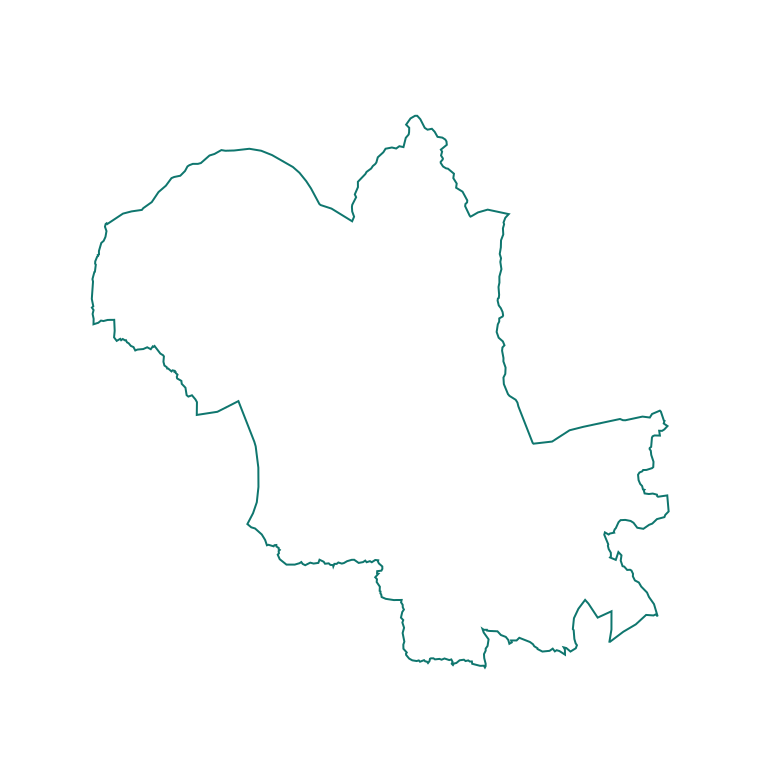 Burera, Northern, Rwanda (Albers equal-area conic projection), rotated 8°
{"feature_id": "39286606B41980105768775", "entity_name": "Burera", "entity_type": "district", "adm_level": 2, "iso_a3": "RWA", "parent_name": "Rwanda", "parent_adm1": "Northern", "projection": "albers", "projection_center": [29.857, -1.461], "detail": "fine", "context": "isolated", "style": "outline", "palette": "teal", "viewbox_px": 768, "rotation_deg": 8, "n_neighbors": 0, "source": "geoboundaries", "source_scale": "gbopen_adm2", "svg_char_len": 6134}
<svg xmlns="http://www.w3.org/2000/svg" viewBox="0 0 768 768"><g transform="rotate(8 384 384)"><path d="M592.0,623.6L594.8,624.0L600.9,626.8L600.1,621.8L598.6,619.8L601.3,620.1L605.9,623.0L610.7,619.0L611.4,615.8L609.9,614.2L608.0,610.0L606.1,601.4L605.1,600.4L604.7,589.5L607.8,579.5L613.2,569.8L617.0,573.0L628.1,585.6L640.9,577.4L643.4,595.5L643.1,607.8L643.7,607.8L655.5,596.0L666.8,587.0L675.7,576.2L683.1,575.7L685.2,574.3L687.3,576.0L682.0,564.4L676.0,558.0L673.5,553.9L666.9,548.8L664.0,545.1L659.8,543.6L657.2,539.8L657.0,537.3L655.0,534.3L653.5,533.7L650.7,534.3L647.3,531.4L645.6,531.2L643.0,526.0L643.0,520.6L639.5,517.8L638.0,525.9L632.0,524.3L632.7,523.1L632.1,519.5L629.5,516.2L628.2,513.0L628.4,511.6L623.1,502.6L623.4,500.2L627.4,501.8L628.6,500.6L632.6,499.2L632.1,498.5L632.7,495.8L633.6,494.6L635.5,488.2L637.2,485.9L641.9,485.0L647.3,485.3L650.4,486.7L654.8,491.1L661.0,491.3L666.2,486.5L669.1,484.9L673.1,479.8L680.2,476.8L680.8,474.4L683.6,470.6L680.0,454.9L671.1,457.5L670.2,457.1L669.7,455.6L665.4,455.1L661.6,456.1L657.3,456.1L656.1,453.3L656.6,452.5L655.1,452.3L653.8,449.1L651.6,447.3L649.5,443.8L648.2,438.5L649.3,436.1L651.9,434.5L652.6,433.1L655.8,432.6L661.2,430.0L662.2,428.8L661.7,423.5L658.5,417.0L657.5,413.0L656.0,411.3L656.1,410.3L657.3,409.1L656.8,399.8L657.3,398.4L659.0,397.3L664.4,396.7L663.0,392.0L665.9,391.7L667.9,390.0L670.6,386.2L666.5,384.2L666.9,381.5L666.3,381.4L662.0,372.8L660.9,372.0L653.6,376.4L651.9,380.2L644.5,380.3L628.1,386.3L625.7,386.6L622.6,385.8L587.5,398.6L574.2,404.0L558.5,417.6L540.3,422.3L539.4,421.6L520.2,387.5L518.7,383.8L516.6,381.3L509.9,378.3L508.2,376.8L502.7,367.4L501.4,361.0L502.7,357.1L502.1,350.8L499.1,345.0L498.7,341.7L496.3,334.6L496.2,331.3L497.9,328.9L495.8,325.3L491.1,322.2L488.3,316.8L488.4,309.1L489.4,306.1L489.0,303.0L492.1,300.6L492.4,299.4L491.4,296.2L489.1,292.6L486.7,290.2L484.9,285.6L484.9,283.5L485.7,282.8L485.6,279.7L483.9,272.0L484.2,267.6L483.3,261.6L484.3,253.9L482.2,246.9L482.4,243.2L480.5,239.1L480.7,232.5L479.9,225.4L481.3,219.3L480.1,213.3L480.7,209.1L479.9,207.4L481.0,202.5L483.9,198.4L462.4,196.9L453.2,201.0L447.2,205.7L446.3,206.2L445.4,205.4L439.6,196.6L439.6,194.4L441.0,192.6L440.9,190.6L435.0,182.6L428.1,179.6L428.1,175.4L424.0,170.5L424.0,166.0L417.4,161.9L415.4,161.8L412.2,160.4L409.4,157.2L409.2,156.2L410.9,153.5L410.9,152.4L408.7,149.8L409.2,145.8L407.7,144.0L412.9,138.4L412.1,135.1L410.7,133.4L407.5,131.9L402.6,131.8L399.1,127.2L395.9,124.6L391.7,126.1L388.7,124.7L383.1,116.7L379.6,113.8L377.4,114.1L373.3,117.3L369.8,124.1L373.3,126.8L373.8,131.1L373.7,133.5L371.3,137.2L370.3,146.7L366.1,146.4L363.3,149.1L358.9,148.7L352.8,150.8L351.1,154.6L346.3,160.4L345.6,165.7L344.7,167.4L342.6,169.7L341.3,172.4L337.2,176.4L336.3,178.7L330.0,187.4L330.8,192.7L328.7,200.3L330.4,202.9L327.6,211.0L327.6,213.2L328.5,217.6L331.1,222.5L329.8,227.3L307.6,217.6L296.3,215.6L294.9,214.7L284.5,200.5L278.8,194.0L270.9,186.6L263.6,181.8L241.3,172.9L229.9,170.1L217.9,169.8L203.2,173.6L194.4,175.1L190.4,175.0L184.1,179.8L179.4,182.0L171.9,190.7L169.1,191.9L164.1,192.6L160.8,194.4L159.1,195.9L157.3,200.8L153.3,206.1L147.4,208.2L144.9,209.7L140.4,218.0L134.0,225.3L128.7,236.2L121.1,243.4L120.0,245.3L110.0,248.2L101.8,251.6L87.7,264.1L87.0,263.4L86.1,264.3L85.8,267.1L87.9,271.2L87.7,277.0L86.5,281.2L84.4,283.7L83.2,292.0L83.7,295.4L82.6,296.1L83.0,297.1L82.2,297.9L81.0,302.7L81.2,305.1L82.0,305.9L82.1,313.1L81.6,313.4L80.7,320.7L81.6,323.1L82.8,340.4L85.3,347.5L84.1,349.0L86.1,351.2L85.7,355.2L87.4,359.9L88.0,365.3L92.6,363.1L94.9,360.6L97.4,360.7L101.5,359.0L107.9,358.0L109.9,368.8L110.2,375.4L113.3,378.5L116.5,376.0L117.6,377.2L119.0,375.8L121.6,376.9L122.3,376.5L123.7,378.5L125.5,379.2L128.0,381.5L130.8,382.3L133.0,385.4L135.1,384.2L140.7,382.9L144.4,380.6L148.2,382.0L149.8,378.9L150.7,379.3L151.5,378.3L158.3,385.0L161.3,386.3L162.2,387.3L162.5,392.7L164.0,396.3L166.4,397.5L167.2,398.9L168.1,398.7L171.8,401.1L172.7,399.9L174.9,400.1L174.9,401.2L176.0,401.2L176.3,402.2L178.2,403.4L177.8,405.8L178.4,407.3L182.9,409.1L183.7,412.0L187.9,415.3L190.1,422.5L192.0,423.7L195.4,421.9L199.4,425.5L201.3,428.0L202.9,440.7L222.9,434.7L242.2,421.2L263.6,459.2L265.6,463.6L271.2,484.3L274.0,503.4L274.5,518.8L272.3,530.2L268.2,541.7L272.5,544.4L276.4,545.0L283.9,550.0L288.0,555.0L290.5,560.0L292.0,559.3L297.3,560.1L297.9,558.9L299.8,558.4L300.1,559.9L302.5,561.0L302.6,562.0L303.9,562.8L302.9,564.1L303.5,566.3L302.5,567.8L305.1,572.0L312.5,576.4L320.7,575.3L325.3,573.2L326.9,571.8L328.5,573.5L331.2,574.4L335.8,571.2L339.3,571.6L343.9,570.3L344.6,567.0L349.0,568.4L350.6,570.2L354.2,569.3L356.1,570.6L358.7,570.4L359.2,571.7L359.9,569.0L362.2,568.7L363.6,567.1L367.2,567.7L369.2,566.9L372.1,564.6L376.5,562.6L378.9,562.2L383.8,564.7L388.0,563.3L390.0,561.5L391.6,562.9L394.7,561.4L396.7,562.2L399.8,559.5L402.8,559.4L402.7,560.6L403.9,562.4L407.7,564.9L408.1,567.3L407.4,569.2L403.3,570.3L403.5,572.5L404.9,572.6L402.2,576.6L404.2,578.3L404.3,581.1L408.1,585.3L408.5,589.5L409.4,589.9L409.6,591.9L410.5,592.7L411.3,595.3L415.6,596.5L423.7,596.6L431.5,595.4L431.3,597.9L433.2,600.0L433.7,602.6L435.1,604.6L433.8,607.3L433.3,613.0L435.9,615.1L435.4,617.7L437.8,622.6L437.1,628.0L440.0,636.3L439.4,639.4L440.1,643.5L443.9,646.7L443.3,648.1L443.7,649.3L447.1,652.4L450.5,653.7L454.9,653.8L456.9,652.9L458.3,654.0L462.1,651.9L463.4,652.9L465.2,653.0L466.4,654.2L467.6,652.1L467.8,649.7L468.7,649.1L471.2,648.8L472.8,649.6L477.2,648.5L479.4,649.0L482.1,647.4L487.0,648.3L489.0,647.4L490.6,649.7L490.0,651.6L491.4,652.7L492.1,651.1L494.5,650.2L497.3,647.1L501.5,645.9L503.3,647.0L505.9,646.0L507.6,646.9L509.6,646.5L510.3,648.8L518.3,649.7L522.1,649.1L523.4,650.7L523.9,649.3L523.6,646.9L521.4,641.5L520.6,637.6L521.8,633.9L521.5,631.9L523.0,629.0L523.1,622.3L517.3,616.2L515.6,612.8L517.0,613.5L520.1,613.1L520.3,613.8L522.4,613.9L530.8,613.1L534.7,616.3L539.8,617.5L542.7,620.2L544.3,623.8L546.5,622.1L545.6,620.3L551.0,619.5L553.3,616.5L564.5,619.2L567.8,621.0L569.3,622.8L572.7,624.3L572.9,625.1L578.1,626.9L585.1,625.2L587.9,622.6L590.4,625.0L592.0,623.6Z" fill="none" stroke="#0f766e" stroke-width="2"/></g></svg>